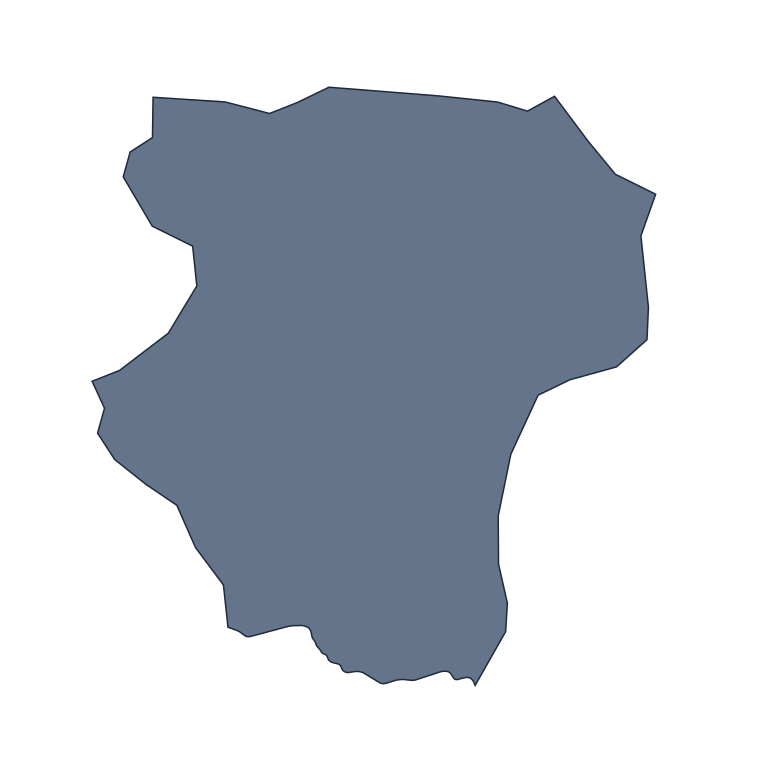 map outline of Haute Matsiatra (Natural Earth projection), rotated 264°
{"feature_id": "MDG-5873", "entity_name": "Haute Matsiatra", "entity_type": "Autonomous Province", "adm_level": 1, "iso_a3": "MDG", "parent_name": "Madagascar", "parent_adm1": "", "projection": "natural_earth1", "projection_center": [46.02, -21.511], "detail": "fine", "context": "isolated", "style": "filled", "palette": "slate", "viewbox_px": 768, "rotation_deg": 264, "n_neighbors": 0, "source": "natural_earth", "source_scale": "10m", "svg_char_len": 1507}
<svg xmlns="http://www.w3.org/2000/svg" viewBox="0 0 768 768"><g transform="rotate(264 384 384)"><path d="M153.0,483.8L125.0,479.1L74.7,443.1L78.4,442.0L80.0,441.2L81.4,440.2L82.6,438.9L83.3,437.1L83.6,435.2L83.2,431.0L82.5,427.2L82.4,425.9L82.6,424.4L83.4,423.0L89.6,419.7L90.8,418.4L91.6,416.7L92.0,414.6L92.1,412.4L91.9,410.1L86.5,385.1L86.2,383.0L86.3,380.9L88.1,372.5L88.3,370.1L88.2,365.2L86.2,354.9L86.0,352.7L86.3,350.6L87.0,348.9L99.0,333.2L99.8,331.5L100.5,329.6L100.9,327.4L101.1,325.1L100.7,318.4L101.1,316.3L102.0,314.7L103.2,313.4L104.8,312.4L108.4,311.4L109.7,310.3L110.6,308.7L111.9,304.8L112.7,303.0L113.7,301.5L115.0,300.3L116.6,299.6L118.5,299.1L120.3,298.4L121.3,296.9L122.2,295.2L123.5,294.0L126.7,292.4L130.9,289.5L134.6,288.6L136.2,287.8L137.7,286.9L139.3,286.1L145.5,285.4L147.3,284.8L148.9,283.9L150.1,282.7L151.0,281.0L151.8,279.2L152.4,277.1L153.2,267.6L152.9,263.0L146.8,224.5L146.9,222.3L147.5,220.4L148.5,219.0L152.1,215.2L154.2,212.1L158.4,203.4L200.9,203.3L240.9,179.5L285.0,165.3L309.0,136.8L337.1,108.2L365.1,94.0L389.1,103.5L417.2,94.0L425.2,122.5L457.1,174.8L501.1,208.1L541.1,208.1L565.2,170.0L617.3,146.3L641.3,155.8L653.3,179.5L693.3,184.3L681.1,255.6L665.0,298.4L672.9,326.9L684.9,360.2L664.6,469.5L652.5,526.6L640.4,555.1L652.3,583.7L604.4,612.2L568.4,636.0L544.3,674.0L504.5,655.0L472.5,655.0L432.6,655.0L400.6,650.2L376.7,617.0L368.8,569.4L356.8,536.1L300.9,502.8L240.9,483.8L193.0,479.1L153.0,483.8Z" fill="#64748b" stroke="#1e293b" stroke-width="1.5"/></g></svg>